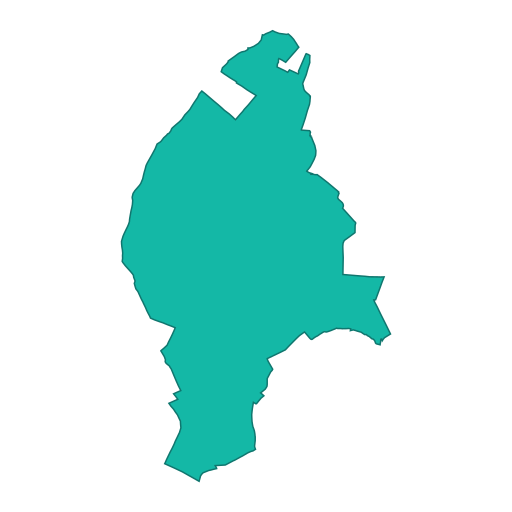 outline of Simian, Bihor, Romania
{"feature_id": "2599482B37534807810432", "entity_name": "Simian", "entity_type": "district", "adm_level": 2, "iso_a3": "ROU", "parent_name": "Romania", "parent_adm1": "Bihor", "projection": "natural_earth1", "projection_center": [22.074, 47.478], "detail": "fine", "context": "isolated", "style": "filled", "palette": "teal", "viewbox_px": 512, "rotation_deg": 0, "n_neighbors": 0, "source": "geoboundaries", "source_scale": "gbopen_adm2", "svg_char_len": 6013}
<svg xmlns="http://www.w3.org/2000/svg" viewBox="0 0 512 512"><path d="M255.5,449.3L254.7,447.1L254.6,445.8L255.2,440.5L255.2,438.6L255.2,436.8L255.0,435.5L254.9,434.0L254.5,431.6L254.3,430.6L253.8,429.1L253.3,427.7L252.9,426.7L252.4,424.0L252.0,421.4L251.8,417.6L251.7,414.6L252.1,410.7L252.4,408.3L253.4,402.3L255.8,403.8L256.5,403.7L259.0,400.6L261.0,398.2L263.9,395.8L262.3,394.3L260.6,392.9L261.9,391.9L263.6,390.5L265.2,389.2L266.5,387.2L267.0,386.2L267.2,384.2L267.2,380.7L267.2,378.6L270.7,371.9L272.1,370.4L272.7,369.2L269.1,363.0L267.9,360.8L267.2,358.9L267.2,358.6L280.0,352.5L284.4,350.3L285.3,349.9L285.6,349.6L288.4,346.6L294.4,340.5L296.6,338.3L298.9,336.1L300.1,335.1L304.5,332.0L305.0,332.5L309.7,338.1L310.6,339.0L311.1,339.3L311.5,339.4L311.9,339.4L312.3,339.2L314.3,337.7L315.8,336.7L317.5,335.9L320.2,334.0L321.6,333.2L322.8,332.4L323.5,332.0L323.9,331.8L324.5,331.7L325.2,331.8L326.2,332.0L327.2,331.8L328.5,331.4L331.3,330.4L332.7,329.8L335.0,328.9L336.5,328.2L337.7,328.5L340.5,328.5L342.3,328.7L347.1,328.6L348.2,328.4L350.7,328.8L350.6,329.7L350.4,330.6L352.4,330.1L353.5,329.9L354.3,330.2L355.5,330.5L356.6,330.9L358.6,331.5L361.2,332.2L362.4,333.1L364.7,334.6L365.6,334.6L366.3,334.5L366.6,334.8L367.3,335.6L369.2,336.5L371.0,338.0L371.3,338.4L371.9,338.8L373.1,339.1L373.5,339.4L374.4,340.3L375.0,341.4L375.5,343.0L376.3,343.8L380.1,344.8L380.2,343.7L380.5,342.6L380.8,339.3L381.0,339.1L381.4,339.0L381.8,339.2L382.3,340.7L383.1,339.4L384.5,337.7L390.5,334.0L390.2,333.4L386.3,325.4L385.3,323.4L383.3,319.4L380.7,314.2L377.2,306.9L374.7,302.2L373.8,299.9L375.6,299.8L378.4,292.2L380.3,287.0L382.1,282.0L384.1,276.9L380.5,277.0L377.3,276.9L369.7,276.8L365.1,276.3L358.4,275.8L342.9,274.5L343.2,257.6L342.9,250.1L342.8,246.5L343.0,244.0L343.1,243.1L344.1,240.8L344.4,240.4L345.9,239.3L349.9,236.4L355.0,232.6L355.1,225.6L355.3,224.5L355.7,223.2L355.5,222.4L354.2,221.2L344.6,210.5L342.6,208.3L342.8,207.9L343.4,206.0L343.3,204.9L343.0,203.9L342.2,202.6L340.6,201.1L338.6,199.4L337.7,198.0L337.9,196.4L339.0,193.3L338.4,192.5L338.7,192.0L337.4,190.8L328.7,183.5L328.3,183.1L325.6,181.0L321.0,177.4L317.1,174.6L316.6,174.7L315.6,174.7L314.7,174.6L313.6,174.4L312.7,174.3L311.6,174.3L310.6,174.3L310.2,174.4L310.5,174.2L311.8,173.5L310.2,173.0L308.8,172.5L306.7,171.2L306.8,170.9L307.5,170.2L310.2,166.8L311.5,164.4L314.1,159.4L315.6,155.4L315.8,153.1L315.9,150.7L314.8,145.5L311.7,137.9L311.6,137.2L310.4,136.6L310.3,136.3L310.4,136.1L310.6,136.0L310.8,136.0L310.8,135.8L310.3,135.7L310.1,135.6L309.9,135.4L310.1,134.8L310.2,134.1L310.1,133.3L310.1,133.1L310.5,132.2L309.6,130.7L301.4,130.1L301.4,129.4L302.9,125.3L305.3,118.0L307.4,110.5L308.3,107.9L309.5,104.3L310.0,100.9L310.0,100.1L310.1,99.1L310.3,97.3L310.3,96.2L310.2,96.0L309.8,96.1L309.4,95.2L308.7,94.4L307.9,93.8L306.3,92.4L305.3,91.4L304.4,90.3L303.9,89.1L303.6,87.8L303.4,86.8L303.2,85.7L302.7,83.9L303.0,82.6L306.2,74.8L308.0,68.3L309.8,62.6L309.7,59.5L309.9,55.5L308.3,54.5L306.4,53.8L306.2,53.7L305.9,54.0L299.3,69.4L298.5,71.1L298.6,71.9L298.7,72.6L298.7,73.1L298.2,73.9L289.5,69.9L287.7,72.3L285.0,70.8L277.1,67.0L277.2,65.5L277.4,65.0L277.4,64.6L277.3,64.3L277.6,63.5L278.1,62.9L278.4,62.4L278.5,59.2L278.9,58.5L279.3,58.7L280.9,59.5L282.6,60.4L285.0,61.9L285.7,62.3L289.3,58.1L295.5,51.1L297.0,49.3L298.8,47.2L297.7,45.7L296.7,44.1L296.6,43.8L295.5,42.2L293.7,39.4L291.3,36.7L288.3,34.0L286.5,34.4L283.0,33.9L279.1,33.4L275.0,31.9L272.6,30.7L269.7,32.2L265.9,33.7L263.5,35.1L262.4,34.8L261.8,37.3L261.2,40.0L258.4,43.4L253.9,46.3L250.0,47.9L247.9,48.0L248.0,49.4L245.1,51.2L241.8,51.9L240.8,52.3L238.5,53.5L234.5,56.5L229.7,59.9L228.1,61.1L228.1,62.0L226.5,64.0L222.5,67.7L221.2,71.7L224.3,74.0L226.5,75.4L229.6,77.5L233.3,79.8L234.4,80.4L236.6,81.9L236.4,82.9L238.0,83.9L241.8,86.1L246.7,89.6L250.5,92.0L255.4,95.0L256.2,95.6L255.6,96.2L252.9,99.4L249.0,104.1L247.9,105.4L244.3,109.3L242.6,111.6L240.4,114.0L238.0,116.8L235.5,119.7L234.0,118.4L233.4,117.7L229.2,113.9L224.5,110.4L221.7,107.8L217.8,104.4L213.7,101.0L205.2,93.7L201.8,91.0L199.3,93.8L197.6,97.5L194.1,102.6L191.7,106.4L189.9,109.4L188.0,111.6L184.9,114.8L181.9,119.3L179.4,121.8L176.3,124.4L172.3,127.9L171.3,129.4L171.2,130.0L170.9,130.7L169.1,133.2L167.5,134.0L166.6,135.2L163.7,137.8L161.3,141.0L160.4,141.9L157.1,144.0L156.3,145.9L155.2,148.7L153.9,151.1L151.7,155.2L148.9,160.1L147.5,162.6L146.5,164.6L146.0,165.8L145.1,169.4L144.5,171.3L143.6,174.8L142.7,178.9L140.8,183.4L139.6,185.2L137.2,188.0L135.0,190.5L133.1,193.4L132.2,197.0L132.2,197.8L132.7,200.5L132.4,204.5L131.8,207.7L131.1,210.5L130.3,215.0L129.6,219.1L129.4,221.7L128.5,224.4L127.4,226.9L126.0,229.7L124.2,233.5L123.0,236.3L121.5,241.4L121.6,244.0L121.9,247.0L122.4,249.9L122.7,253.2L122.5,255.6L122.6,258.3L122.2,261.4L123.0,262.7L125.3,265.7L127.9,268.6L130.5,271.5L132.6,274.0L133.4,275.3L133.7,277.3L135.1,281.0L134.3,283.4L135.2,286.7L135.9,288.9L137.3,290.7L138.0,291.7L141.3,299.0L143.2,302.6L143.3,303.0L145.3,307.1L146.1,308.9L146.6,310.2L148.1,313.2L149.7,316.2L150.5,318.1L154.6,319.9L159.0,321.5L162.9,322.8L167.0,324.5L171.5,326.2L175.2,327.7L174.4,329.8L172.1,334.9L170.5,338.2L168.6,341.9L167.1,345.2L164.0,348.1L160.9,350.7L161.1,351.4L161.4,351.7L162.7,353.9L164.3,356.6L165.4,359.6L165.2,361.8L166.2,363.4L169.5,366.1L170.1,367.4L171.1,368.7L172.2,371.3L173.8,375.2L176.6,381.8L176.9,382.4L178.3,385.6L180.8,390.6L177.1,392.2L173.6,393.8L175.6,396.3L177.8,399.3L168.9,403.3L171.0,406.3L173.5,409.1L175.3,411.9L177.5,414.9L178.9,418.0L179.9,420.1L180.4,421.0L180.6,424.5L180.9,427.9L179.4,432.8L179.0,433.5L177.3,437.1L175.3,441.2L174.2,444.0L172.0,448.6L170.3,451.8L168.5,455.5L166.5,459.7L165.2,462.7L164.7,463.7L174.0,467.9L182.3,471.8L199.1,481.3L200.6,475.8L201.9,474.0L203.2,472.7L206.0,471.6L208.7,470.5L211.0,470.0L212.8,469.5L213.9,469.2L216.7,468.6L216.7,468.4L215.2,465.6L225.3,465.0L233.8,460.5L234.3,460.4L239.9,457.3L242.6,455.9L247.5,453.0L249.2,452.2L251.1,451.4L253.0,450.9L255.5,449.3Z" fill="#14b8a6" stroke="#0f766e" stroke-width="1.5"/></svg>